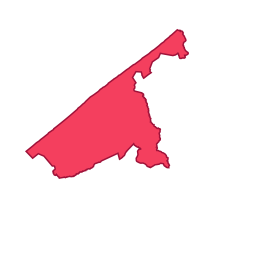 Grands Ponts, Lagunes, Ivory Coast, rotated 147°
{"feature_id": "98640826B83353125268201", "entity_name": "Grands Ponts", "entity_type": "district", "adm_level": 2, "iso_a3": "CIV", "parent_name": "Ivory Coast", "parent_adm1": "Lagunes", "projection": "albers", "projection_center": [-4.906, 5.455], "detail": "fine", "context": "isolated", "style": "filled", "palette": "rose", "viewbox_px": 256, "rotation_deg": 147, "n_neighbors": 0, "source": "geoboundaries", "source_scale": "gbopen_adm2", "svg_char_len": 5857}
<svg xmlns="http://www.w3.org/2000/svg" viewBox="0 0 256 256"><g transform="rotate(147 128 128)"><path d="M116.6,73.3L115.4,72.5L114.9,73.5L113.6,74.1L113.5,74.5L113.6,75.1L113.4,75.7L113.6,76.4L112.8,78.3L112.9,78.6L113.2,78.9L113.2,79.2L112.0,79.5L111.8,79.7L111.6,80.1L110.7,81.1L110.8,81.6L111.5,82.4L111.5,82.7L110.9,84.0L111.0,85.5L111.1,86.0L111.9,87.8L113.0,89.1L113.1,90.0L113.4,90.6L114.3,91.4L114.7,92.3L115.2,93.0L116.0,93.3L116.1,93.6L115.8,94.1L115.5,94.7L114.6,95.0L114.3,95.3L114.1,96.0L114.5,96.5L114.0,96.7L113.6,97.0L113.1,98.4L112.5,99.2L112.2,99.3L111.7,99.2L111.0,99.6L109.8,99.7L109.4,99.9L108.8,100.5L107.8,100.4L107.5,100.5L107.2,100.8L107.1,101.3L106.6,101.6L106.5,101.9L106.7,102.4L106.7,102.7L105.9,104.0L105.5,104.3L104.9,106.3L104.4,106.9L103.5,107.1L102.7,108.0L102.3,108.8L101.6,109.3L101.7,110.0L102.0,110.2L102.3,110.4L102.5,110.8L102.5,111.3L103.0,111.4L103.1,111.6L103.8,111.7L104.0,112.6L104.3,113.3L104.3,114.0L105.1,115.1L105.0,115.6L104.4,116.6L104.8,116.8L105.3,117.9L105.2,118.6L105.6,119.7L105.4,120.7L105.4,121.0L105.6,121.1L105.2,121.4L104.8,122.3L104.8,122.5L104.4,123.1L103.8,123.4L103.7,123.7L103.9,124.1L103.9,124.9L103.5,125.4L103.3,126.1L103.5,126.3L103.4,126.4L103.5,126.8L102.9,127.2L102.9,127.7L102.8,127.9L102.8,128.3L102.4,129.0L102.4,129.9L102.0,130.4L102.0,130.7L101.3,131.0L101.2,131.4L101.0,131.8L101.1,132.2L100.8,132.6L100.4,132.7L100.3,132.9L100.3,134.6L99.8,135.1L99.8,135.3L100.0,135.5L99.9,136.6L99.3,136.8L98.7,137.9L98.6,138.1L98.8,138.4L98.8,139.2L98.8,139.5L98.6,139.6L98.7,139.8L98.7,140.2L98.3,140.6L98.0,140.8L98.0,141.1L98.3,141.5L97.5,142.1L97.8,142.4L97.8,142.7L97.5,143.2L97.9,144.0L97.8,144.3L98.1,144.3L98.2,144.5L97.9,145.1L98.0,145.4L98.1,145.9L98.3,146.0L98.3,146.4L98.4,146.6L98.2,146.8L98.0,146.7L97.8,147.1L97.4,147.3L97.2,147.2L97.2,147.5L97.0,147.8L96.6,147.9L96.8,148.7L97.0,148.8L97.3,149.4L97.2,149.9L102.0,155.0L102.5,155.8L102.5,156.0L102.4,156.5L102.0,157.2L101.6,157.5L100.7,157.7L99.8,158.8L99.5,159.6L99.5,160.2L99.4,160.4L98.3,161.2L97.5,161.3L96.7,161.6L96.7,167.9L90.6,170.9L86.4,167.8L86.9,165.8L87.5,164.8L87.6,163.2L87.8,162.0L87.7,161.2L82.0,161.7L78.4,161.8L78.8,163.4L78.3,164.1L77.6,164.6L77.7,165.7L71.6,170.2L64.0,170.4L60.2,173.0L50.8,164.2L49.6,164.0L49.3,163.7L48.6,163.5L46.7,163.4L45.8,163.6L45.4,163.6L45.4,162.6L45.7,162.3L45.7,161.9L46.0,161.1L45.9,160.7L46.5,159.1L46.5,158.1L45.6,157.4L44.0,157.0L42.8,156.0L42.0,155.9L41.3,156.3L41.2,157.2L40.9,158.1L40.2,157.6L38.9,157.3L37.3,157.4L37.0,157.6L36.6,158.4L36.6,158.8L36.9,159.3L37.5,161.2L37.6,161.6L37.6,162.6L37.4,163.3L37.5,163.9L37.4,164.4L37.1,164.6L36.9,165.0L37.1,166.0L36.6,166.6L36.8,167.3L36.1,168.2L35.4,168.7L34.8,169.4L33.9,169.5L33.0,169.5L31.9,169.8L31.7,170.0L31.6,170.5L31.3,170.9L31.2,171.4L31.3,171.8L30.9,173.9L31.0,174.3L30.8,174.7L30.8,175.2L31.0,175.5L30.9,176.4L31.0,176.9L30.8,177.1L30.4,177.2L29.9,177.7L30.1,178.0L30.1,178.4L29.8,178.7L29.8,179.2L30.0,179.5L30.0,179.9L30.4,180.1L30.9,180.7L31.4,180.6L31.3,181.0L31.6,181.3L31.2,181.5L31.5,181.8L32.0,181.9L33.0,183.0L33.2,183.5L40.7,182.3L42.7,182.2L43.9,181.8L49.0,181.3L51.1,180.7L53.9,180.7L57.4,180.1L63.4,179.5L66.5,179.5L70.1,178.9L77.8,178.8L79.9,178.3L87.8,177.8L88.9,178.1L93.7,177.8L94.3,177.6L97.6,177.6L105.8,176.9L107.0,177.2L107.7,177.1L108.8,176.8L112.2,176.7L112.7,176.9L113.2,176.7L120.1,176.3L121.1,175.8L124.9,175.4L126.9,175.7L128.1,175.5L130.2,175.5L132.9,174.8L138.7,174.5L142.8,174.5L149.2,173.3L150.7,172.8L152.8,172.7L156.5,172.0L158.7,171.9L159.6,171.7L160.3,171.3L169.8,170.0L177.2,169.1L187.0,168.1L190.7,167.8L191.2,167.3L197.2,167.2L198.4,166.7L204.6,166.1L207.5,165.9L209.8,165.5L212.8,165.5L217.7,164.8L226.2,163.9L224.4,154.6L217.2,155.3L213.8,150.2L212.2,137.4L210.7,136.4L210.5,136.0L210.6,135.1L210.9,134.7L211.2,133.6L211.5,133.2L212.0,133.0L213.3,133.0L213.9,132.7L214.5,132.7L214.8,131.9L214.5,131.6L214.6,131.3L214.8,131.2L215.0,131.3L215.2,131.1L215.4,129.0L215.2,128.5L214.6,127.8L213.9,128.0L213.8,127.7L213.3,128.0L213.1,125.7L213.1,125.4L212.6,124.8L212.9,124.0L212.9,123.4L208.8,121.6L208.2,121.6L207.7,120.6L207.4,120.4L206.3,120.5L206.0,120.0L205.0,120.0L204.1,119.4L203.3,119.3L202.3,118.2L201.6,117.9L201.4,117.7L200.7,117.6L200.5,117.3L199.9,117.0L199.7,117.1L199.5,117.4L199.3,117.4L198.9,117.0L198.6,117.2L197.7,117.0L196.7,117.4L196.6,117.6L196.4,117.6L196.1,117.6L196.1,117.3L195.7,117.5L195.5,117.4L195.4,117.1L195.2,117.1L194.9,116.7L194.4,116.9L194.2,116.8L193.8,117.0L193.6,116.8L192.9,117.2L192.4,117.3L192.3,117.0L191.7,117.0L191.1,116.7L190.9,116.3L190.6,116.2L190.2,116.2L189.8,116.5L189.3,116.5L188.7,115.9L187.5,115.9L186.8,115.4L186.6,115.7L186.2,115.8L185.9,115.6L185.5,115.7L185.3,115.4L185.0,115.6L184.7,115.7L184.0,115.4L183.2,115.3L182.9,115.1L182.5,114.5L182.1,114.3L181.4,114.6L181.0,114.6L180.3,114.2L178.8,114.5L178.0,114.4L177.5,115.0L176.1,115.9L175.2,116.1L172.0,115.3L171.2,115.2L170.7,114.8L169.9,114.5L169.4,114.5L168.7,114.8L168.2,114.9L150.2,112.3L152.1,106.4L151.3,106.3L150.5,106.5L150.0,106.3L149.0,106.5L148.6,106.4L147.8,106.8L146.1,106.9L145.2,107.4L144.3,108.2L142.6,109.0L141.9,109.1L141.8,109.3L131.8,111.7L132.0,110.0L131.9,109.7L131.4,109.2L131.3,108.3L130.9,108.0L130.7,107.0L130.0,106.4L129.6,106.3L129.6,105.2L129.1,104.8L128.8,104.5L128.7,103.7L128.9,103.4L129.8,103.8L130.3,103.9L130.8,104.1L132.5,103.4L132.7,103.2L133.6,101.3L134.1,100.3L135.8,99.0L136.9,98.6L137.7,98.0L138.8,96.0L138.8,95.2L137.9,93.5L136.8,91.9L136.3,91.5L134.9,90.7L134.3,90.2L133.3,88.7L132.7,86.7L132.8,85.6L132.7,85.2L131.9,84.4L131.8,84.0L131.1,83.5L131.2,83.2L130.8,82.9L130.7,82.6L126.8,82.4L125.6,82.5L122.7,81.2L121.5,80.7L120.2,80.7L119.8,80.6L117.8,78.8L117.8,78.3L118.1,77.5L118.1,76.4L118.0,76.1L117.6,75.8L117.6,75.3L117.4,74.8L117.1,74.4L117.2,74.1L116.6,73.3Z" fill="#f43f5e" stroke="#9f1239" stroke-width="1.5"/></g></svg>